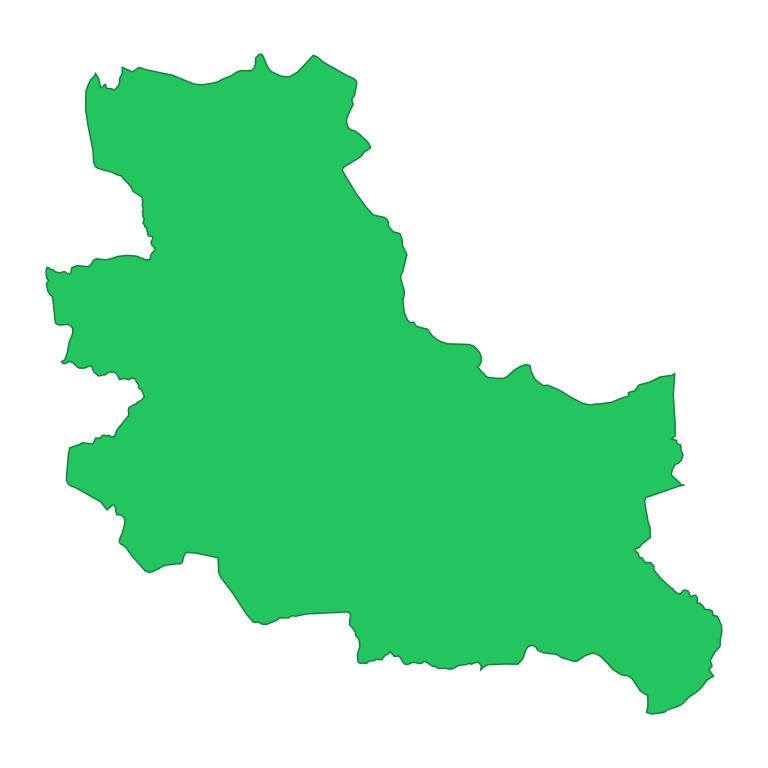 Kabinda, Kasaï-Oriental, Democratic Republic of the Congo
{"feature_id": "63176286B78021290688444", "entity_name": "Kabinda", "entity_type": "district", "adm_level": 2, "iso_a3": "COD", "parent_name": "Democratic Republic of the Congo", "parent_adm1": "Kasaï-Oriental", "projection": "orthographic", "projection_center": [24.619, -6.075], "detail": "fine", "context": "isolated", "style": "filled", "palette": "green", "viewbox_px": 768, "rotation_deg": 0, "n_neighbors": 0, "source": "geoboundaries", "source_scale": "gbopen_adm2", "svg_char_len": 5996}
<svg xmlns="http://www.w3.org/2000/svg" viewBox="0 0 768 768"><path d="M313.2,55.4L298.0,71.8L289.5,76.8L285.0,76.8L280.3,75.9L272.0,71.9L269.7,70.2L267.0,65.5L262.8,55.7L261.1,54.0L258.7,54.7L255.6,58.2L255.5,62.9L254.6,67.3L252.3,70.0L250.1,70.8L240.8,70.6L237.2,71.8L231.5,75.6L223.7,78.7L217.6,81.9L211.4,83.4L202.5,84.8L198.7,84.7L193.4,83.8L172.4,75.2L147.6,70.1L139.0,67.4L132.6,71.7L130.1,71.0L122.3,67.4L122.1,73.7L119.8,78.2L119.6,82.4L118.8,85.2L114.3,90.2L111.7,88.9L106.4,88.3L105.6,84.6L104.3,84.8L101.8,87.5L100.6,87.4L98.6,78.6L95.5,73.6L94.8,75.7L91.3,79.1L88.7,83.5L85.9,91.2L85.7,110.2L87.8,124.3L93.0,150.7L93.7,162.5L95.4,166.5L97.8,168.3L111.9,172.2L117.2,174.8L121.7,176.0L123.4,178.7L128.4,183.7L131.3,187.5L133.1,191.3L142.1,197.3L142.1,199.8L143.0,201.3L142.2,204.6L143.3,209.6L142.3,211.8L143.3,214.1L142.4,215.9L143.7,217.6L144.1,220.1L142.9,223.2L144.4,224.8L144.8,226.9L146.5,227.7L148.1,235.6L152.8,236.9L153.2,237.6L151.0,242.5L152.0,245.3L155.0,247.9L155.3,249.5L151.1,254.3L149.9,259.5L146.1,259.9L136.4,256.1L127.1,255.4L118.1,256.4L108.5,259.4L105.1,259.8L98.0,258.9L95.7,259.0L93.8,260.0L90.7,264.7L88.3,266.7L76.8,265.6L71.7,267.8L71.0,272.5L69.3,274.3L67.5,273.7L65.1,271.9L62.8,271.8L59.9,273.1L54.7,271.6L53.2,269.8L50.0,269.1L48.5,267.7L46.9,267.4L46.1,270.6L46.2,274.8L46.9,278.6L48.6,280.5L46.4,284.1L47.9,291.1L50.1,294.9L52.0,296.3L52.8,299.0L55.4,322.9L57.7,324.7L61.1,325.0L68.2,324.4L71.1,326.1L72.8,328.7L72.8,332.8L71.5,336.9L69.5,341.0L67.2,353.0L64.9,359.7L61.4,361.7L62.6,363.1L64.5,363.8L69.9,361.3L73.4,363.1L77.0,366.9L79.5,368.1L84.5,368.1L89.4,366.1L91.0,366.3L91.9,366.9L93.8,372.2L95.9,373.5L98.0,375.7L100.0,375.9L102.0,375.0L105.6,374.8L108.8,372.1L113.6,372.0L116.1,373.2L118.3,376.6L119.3,379.6L124.4,378.5L128.6,379.8L131.1,378.2L133.9,378.1L135.3,379.1L136.3,381.7L138.1,383.9L139.1,388.5L141.4,389.7L144.3,396.4L143.3,398.3L140.5,401.0L138.7,401.4L135.7,404.0L130.0,406.8L128.6,408.1L128.3,411.4L128.9,413.6L128.4,415.8L117.1,429.7L114.4,436.8L111.0,436.9L108.8,435.2L106.5,436.3L104.5,435.2L102.5,435.4L100.1,438.1L95.6,438.1L93.5,442.9L92.1,444.0L82.5,442.7L79.3,444.5L69.7,448.0L68.5,453.4L66.7,474.4L66.5,480.3L68.0,483.6L70.3,485.8L75.2,487.5L100.6,501.7L107.1,509.9L112.3,505.3L114.0,504.9L115.3,506.7L115.9,511.8L116.7,514.5L121.6,515.2L124.7,518.5L124.9,521.3L124.2,525.9L122.3,532.8L119.8,538.9L119.3,542.0L120.6,543.9L124.2,545.9L126.2,547.8L131.5,555.4L144.9,570.6L148.8,572.4L152.1,571.8L159.1,568.5L162.4,566.3L165.2,565.3L176.9,563.8L180.5,563.8L182.5,562.0L183.4,557.5L185.1,553.8L186.5,552.4L197.0,553.2L218.0,557.8L218.8,572.6L220.6,577.1L233.0,593.5L246.7,614.5L253.2,621.9L254.8,622.4L258.5,622.2L261.8,624.1L266.6,624.4L276.7,620.3L279.3,618.0L288.5,617.9L290.8,616.2L293.4,615.8L296.2,616.4L297.2,615.8L306.8,613.9L348.1,611.9L350.7,614.5L349.6,621.0L349.8,624.8L355.2,631.6L355.6,635.6L357.8,637.7L359.3,640.5L359.8,646.6L357.4,654.2L358.0,661.5L359.7,663.1L366.9,663.2L369.6,661.0L374.1,660.7L376.1,659.1L381.6,659.8L385.3,655.0L387.3,654.8L390.2,651.7L394.4,656.5L398.3,656.0L400.2,657.4L403.1,662.4L405.1,664.3L407.8,664.4L412.0,662.6L415.4,662.5L419.2,663.6L421.9,663.1L423.8,661.7L425.6,661.6L432.2,666.1L435.1,666.3L438.4,668.5L445.0,668.2L448.7,669.1L451.9,669.0L459.3,665.2L465.8,664.6L469.3,663.4L471.4,664.2L474.7,662.7L478.4,662.2L481.4,665.9L480.8,669.7L484.3,666.5L488.3,664.7L504.5,664.0L517.8,664.2L523.0,658.6L526.2,649.0L528.5,646.3L533.0,645.4L535.3,646.4L537.8,650.2L543.2,652.7L556.5,654.4L562.1,657.8L574.7,661.4L577.0,661.2L584.5,656.0L590.6,653.7L594.3,653.0L600.5,656.3L607.3,663.0L612.7,669.3L621.1,674.7L628.3,676.0L632.2,678.7L640.1,690.6L644.0,693.5L647.7,695.4L647.9,706.2L646.6,712.4L651.8,714.0L664.0,712.4L667.6,709.7L677.5,706.5L681.8,704.3L689.3,696.8L696.3,692.2L701.7,687.3L706.7,680.2L713.6,676.0L710.4,672.1L709.1,668.7L711.5,667.0L712.0,665.7L710.2,660.5L715.0,651.8L719.5,647.3L720.3,644.9L720.3,639.4L721.9,631.6L721.4,625.8L718.1,617.3L716.6,616.0L713.3,615.5L712.1,610.9L709.9,609.8L705.2,609.5L702.5,605.5L700.0,603.3L697.1,603.0L697.5,598.1L695.8,595.5L694.2,595.2L692.3,596.3L690.5,596.4L688.1,591.0L684.8,590.0L683.1,590.6L680.4,593.8L678.0,593.6L673.8,590.6L672.7,588.7L670.6,587.6L660.5,578.2L653.8,569.7L653.9,566.4L651.5,563.3L650.0,562.4L646.0,562.7L644.3,561.5L642.4,558.1L639.3,557.6L638.4,553.4L636.3,552.0L635.1,548.9L639.7,547.2L641.6,544.4L650.3,537.5L650.1,527.9L647.9,520.9L644.6,501.5L645.7,497.6L678.1,486.4L684.6,484.8L681.4,485.2L680.2,483.3L671.8,475.5L671.2,473.7L672.8,468.7L674.8,464.8L679.0,462.8L681.4,459.8L683.0,455.6L680.9,449.4L680.9,445.7L679.9,444.5L677.5,443.7L676.5,442.2L676.7,440.5L671.4,439.0L675.1,436.2L675.1,423.4L673.3,395.2L674.7,373.8L671.8,375.4L660.3,376.9L649.8,382.1L639.0,385.0L634.5,391.1L629.9,392.0L628.2,393.0L629.1,394.6L627.9,396.2L623.3,397.5L611.4,402.3L598.8,404.1L596.3,403.9L590.9,405.0L583.0,403.5L571.2,397.5L560.6,390.8L555.1,388.3L547.9,385.2L543.1,385.6L535.3,379.7L531.1,371.6L529.9,365.5L525.5,364.6L521.1,366.1L514.4,370.0L506.6,377.0L503.6,378.3L498.0,378.4L487.9,377.4L485.5,376.1L484.0,373.6L481.7,371.9L477.5,366.5L479.8,364.9L481.4,361.1L481.1,356.5L479.8,352.9L476.0,348.2L473.2,345.9L468.8,344.5L447.4,343.8L440.2,341.4L436.9,339.6L431.7,335.2L427.8,329.3L417.3,326.7L415.5,325.4L414.3,322.9L413.3,322.3L410.5,322.6L409.0,321.8L407.3,319.6L404.3,312.9L402.9,301.0L404.3,293.9L404.0,289.5L400.7,278.8L401.0,274.9L402.8,271.6L406.9,254.6L402.4,245.3L402.3,240.0L399.9,233.6L393.1,231.7L388.6,226.4L388.5,222.5L387.0,219.5L384.9,217.6L373.2,214.9L366.0,207.0L355.9,193.2L342.4,170.8L342.6,168.5L344.2,166.8L359.5,157.5L361.7,155.5L364.8,151.3L367.3,150.3L370.3,148.0L370.3,146.4L368.1,142.5L359.4,134.1L354.1,130.4L351.6,130.3L348.5,127.9L346.6,123.1L346.6,119.1L347.6,116.1L353.2,104.0L352.7,103.6L351.9,99.4L352.6,97.8L354.5,95.5L356.7,84.1L356.6,82.1L355.7,80.3L353.5,78.4L348.3,76.3L326.7,64.1L322.6,61.6L317.7,57.2L313.2,55.4Z" fill="#22c55e" stroke="#15803d" stroke-width="1.5"/></svg>